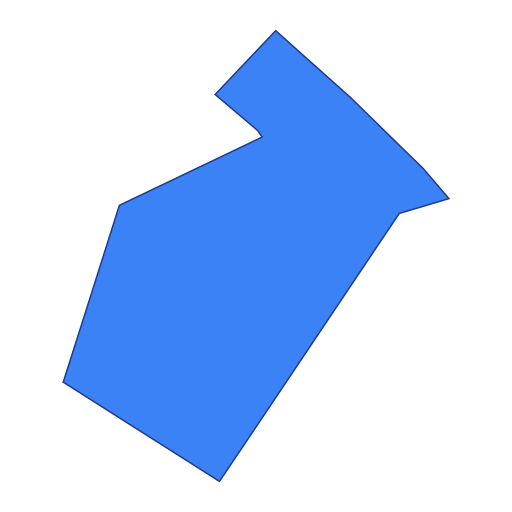 Nubariyya West, Al Buhayrah, Egypt
{"feature_id": "37247803B65833428461725", "entity_name": "Nubariyya West", "entity_type": "district", "adm_level": 2, "iso_a3": "EGY", "parent_name": "Egypt", "parent_adm1": "Al Buhayrah", "projection": "orthographic", "projection_center": [29.948, 30.431], "detail": "fine", "context": "isolated", "style": "filled", "palette": "blue", "viewbox_px": 512, "rotation_deg": 0, "n_neighbors": 0, "source": "geoboundaries", "source_scale": "gbopen_adm2", "svg_char_len": 538}
<svg xmlns="http://www.w3.org/2000/svg" viewBox="0 0 512 512"><path d="M275.7,30.7L274.8,31.6L215.1,94.5L246.9,121.4L257.6,130.5L261.8,136.5L262.1,137.1L261.8,137.2L241.6,146.9L119.4,205.3L85.0,313.8L63.3,381.9L63.1,382.1L63.8,382.5L130.6,425.0L164.7,446.6L219.3,481.3L220.4,480.0L257.1,425.4L307.7,350.0L352.8,282.7L382.5,238.4L399.3,213.4L448.9,198.6L448.4,198.0L423.0,168.3L387.1,133.3L374.8,121.3L350.6,97.6L342.3,90.2L323.4,73.3L306.4,58.2L289.4,42.9L275.7,30.7L275.7,30.7Z" fill="#3b82f6" stroke="#1e3a8a" stroke-width="1.5"/></svg>